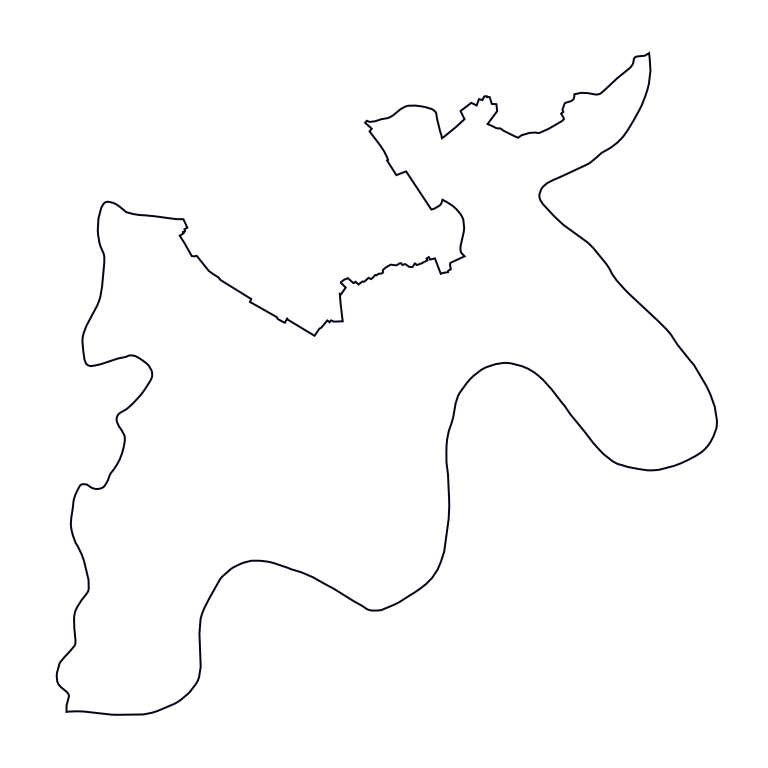 Vu Thu, Thái Bình, Vietnam, rotated 269°
{"feature_id": "81297802B99897160628736", "entity_name": "Vu Thu", "entity_type": "district", "adm_level": 2, "iso_a3": "VNM", "parent_name": "Vietnam", "parent_adm1": "Thái Bình", "projection": "mercator", "projection_center": [106.301, 20.424], "detail": "fine", "context": "isolated", "style": "outline", "palette": "ink", "viewbox_px": 768, "rotation_deg": 269, "n_neighbors": 0, "source": "geoboundaries", "source_scale": "gbopen_adm2", "svg_char_len": 6057}
<svg xmlns="http://www.w3.org/2000/svg" viewBox="0 0 768 768"><g transform="rotate(269 384 384)"><path d="M243.1,69.1L238.0,70.3L230.5,72.9L227.4,74.8L219.3,78.6L211.9,81.1L193.1,85.2L184.5,85.2L182.2,84.7L180.0,83.4L173.4,78.0L166.6,73.5L162.9,71.6L160.1,70.8L156.5,70.1L153.4,70.0L145.2,70.1L134.0,71.0L130.3,71.0L129.0,70.6L127.6,70.0L121.3,64.5L116.6,59.8L111.9,55.8L110.2,54.7L100.6,51.9L97.8,51.7L92.7,52.0L89.5,53.2L86.6,55.6L81.7,61.4L79.8,62.9L78.9,63.3L77.4,63.6L68.0,61.0L61.7,60.8L62.0,64.1L62.1,71.3L61.8,77.7L58.2,105.5L57.9,110.0L57.8,137.7L59.3,146.1L60.9,151.5L67.9,168.9L69.6,172.0L71.8,175.4L77.9,182.9L80.1,185.0L87.6,190.9L90.9,192.8L94.3,194.0L104.4,195.8L137.8,195.1L152.2,196.5L157.3,198.0L162.6,200.2L172.4,205.4L191.9,216.8L194.2,218.8L201.7,227.7L202.9,229.5L205.9,235.7L207.7,240.2L209.6,248.3L209.5,256.0L208.8,262.3L208.0,266.6L206.9,270.5L202.0,284.3L200.4,288.0L197.3,297.8L192.0,309.6L184.2,322.9L180.2,330.2L167.2,350.2L162.7,358.0L159.0,363.3L158.1,365.8L157.7,367.8L157.6,373.6L158.0,377.4L163.0,390.0L165.6,395.5L172.9,407.3L174.5,410.2L178.6,416.4L183.2,422.5L185.0,424.4L189.4,428.8L197.4,434.3L205.0,437.7L215.5,441.3L248.0,446.3L260.2,447.1L267.7,447.1L292.4,446.4L304.5,445.1L315.5,445.2L322.0,445.5L327.8,446.2L336.0,448.0L343.5,450.8L349.4,452.6L363.5,455.3L370.8,457.8L374.0,459.6L383.9,467.1L387.5,470.3L390.8,473.9L396.6,481.7L398.9,486.2L401.9,495.9L403.0,503.9L402.9,508.2L402.2,512.2L399.5,522.0L396.8,528.2L393.3,534.0L389.7,538.5L385.4,543.1L375.6,551.6L362.4,561.4L359.1,564.1L350.6,569.7L333.0,583.6L321.2,592.3L313.3,599.2L310.0,602.4L303.0,610.9L300.5,615.1L299.6,617.3L299.0,619.7L296.9,626.0L294.7,636.3L293.1,645.9L293.0,651.3L293.4,657.3L296.9,672.0L299.4,679.2L302.5,686.2L306.6,694.3L309.9,699.7L312.4,702.8L316.1,706.4L319.9,709.2L325.9,712.5L334.2,715.7L340.4,716.3L344.4,715.9L355.5,714.3L368.0,710.1L376.6,706.2L397.7,694.2L402.1,690.5L418.3,678.0L428.3,671.8L433.4,667.7L442.1,659.3L468.8,631.7L473.9,626.7L483.5,618.4L489.9,614.1L495.2,611.5L499.7,608.7L516.1,595.8L521.7,590.4L540.0,566.1L548.6,557.2L561.0,546.1L565.3,543.4L568.2,542.7L569.9,542.6L571.9,543.0L576.2,544.7L578.6,546.6L581.9,550.5L584.8,556.3L589.1,566.6L600.6,592.3L602.4,595.0L606.7,600.3L611.3,605.6L616.4,615.0L619.0,618.5L621.4,621.7L625.4,625.8L627.5,627.7L633.2,631.9L642.7,637.9L653.5,644.1L658.3,646.6L667.5,650.4L673.6,652.5L679.5,654.1L692.6,655.9L705.2,655.3L710.2,654.8L707.7,650.5L707.0,642.3L706.2,640.6L704.9,639.6L700.4,638.7L699.2,638.2L696.5,636.2L695.3,634.9L685.8,622.7L675.2,611.0L671.1,606.2L670.3,604.9L669.8,602.9L669.7,600.7L671.3,592.8L671.7,586.5L670.4,579.4L668.1,579.3L665.9,578.7L664.8,577.8L663.5,575.8L662.0,570.4L661.4,569.7L660.6,569.2L655.0,567.2L652.9,568.0L651.2,565.8L646.7,568.4L645.4,568.4L643.7,566.4L636.2,552.9L632.3,543.7L632.3,542.1L632.8,539.7L632.5,533.9L630.3,525.8L627.9,522.5L628.9,520.0L635.1,508.0L637.4,505.1L637.8,500.9L640.4,495.9L642.1,492.1L654.8,501.9L661.8,501.3L662.2,496.6L669.0,494.7L669.2,494.1L669.0,492.1L670.0,491.7L669.7,489.1L666.2,487.4L667.1,483.9L660.9,481.5L663.6,476.2L655.6,465.3L647.4,469.1L640.0,460.8L630.5,448.8L628.8,446.2L632.4,445.6L634.9,444.7L648.6,441.6L654.6,440.8L657.1,438.2L658.2,436.3L660.4,429.3L661.8,420.6L661.8,412.9L661.1,410.4L658.6,405.5L652.3,397.6L650.4,394.1L649.7,391.8L648.8,386.0L646.8,379.5L646.3,374.1L647.5,371.4L645.5,369.7L639.5,376.2L636.8,374.0L622.3,384.6L616.6,388.2L611.2,390.8L608.0,392.0L607.4,391.0L592.6,400.0L596.2,409.8L557.6,434.4L558.4,437.3L561.3,442.5L562.7,444.0L563.6,444.5L567.2,445.7L564.8,450.0L560.7,456.1L557.3,459.6L552.5,463.5L549.5,465.2L546.6,466.2L538.4,466.9L534.7,466.4L520.3,462.9L516.8,462.8L515.1,463.0L513.6,463.7L510.3,466.8L503.9,452.4L501.8,452.1L497.6,452.8L496.1,450.2L495.3,449.8L494.7,449.9L494.1,445.2L493.2,442.7L508.7,437.1L507.6,432.3L510.1,431.0L508.7,428.7L506.9,429.6L503.7,423.0L502.6,419.7L502.4,418.6L503.7,417.6L504.0,417.1L503.2,416.3L500.9,414.9L500.4,414.2L500.8,411.0L503.4,407.6L503.4,406.8L502.7,404.5L504.5,403.0L504.5,402.7L504.4,401.8L502.5,398.7L502.6,396.3L503.2,393.4L502.9,392.2L500.5,387.9L498.2,385.1L497.3,384.7L495.9,385.1L494.9,384.3L494.4,383.2L494.3,380.5L492.8,378.3L493.2,377.2L491.1,375.3L489.1,372.9L490.4,370.3L487.4,367.0L486.5,365.6L486.9,364.3L484.0,360.3L486.7,357.3L485.5,355.6L485.5,355.1L490.5,349.6L489.4,347.5L489.2,346.3L486.6,342.8L486.0,342.6L481.1,347.4L474.4,342.6L474.9,341.4L465.2,342.0L447.4,343.8L447.2,335.0L448.5,332.3L448.3,331.8L446.7,330.7L448.5,328.4L441.5,322.4L440.4,320.3L433.4,315.4L449.9,289.1L451.0,288.3L447.0,286.0L448.0,283.8L451.0,278.7L452.5,278.3L468.4,251.4L471.3,252.7L490.8,222.4L493.5,220.3L497.1,214.8L500.0,210.9L515.4,199.0L514.9,196.2L515.3,194.0L529.0,186.6L535.8,182.4L538.1,186.1L539.2,185.6L539.6,185.7L539.5,186.2L539.1,186.6L540.3,187.8L542.2,187.2L543.7,190.1L552.3,186.3L552.4,180.3L553.0,175.5L555.7,157.7L556.8,148.2L557.3,141.9L558.3,136.3L560.3,129.3L565.7,123.1L568.3,119.5L569.9,116.3L571.1,111.0L570.5,108.5L569.1,106.7L565.1,104.4L554.6,101.4L542.4,100.5L538.8,100.7L530.8,101.8L526.9,102.8L518.9,106.1L515.7,106.6L509.7,106.4L486.2,103.8L476.1,101.9L472.1,100.6L467.2,98.5L447.4,87.5L439.9,84.5L436.1,83.6L432.1,83.2L422.0,83.9L414.0,84.9L410.0,86.2L409.2,86.7L407.7,88.7L407.0,91.1L407.5,95.2L408.8,101.4L414.2,118.7L415.5,126.0L416.8,129.3L417.1,131.1L416.6,134.8L416.2,136.1L414.6,138.9L412.0,142.8L408.6,147.1L406.5,149.1L401.8,151.7L400.6,152.1L398.2,152.4L395.9,152.3L394.2,151.9L391.1,150.3L382.2,144.4L377.0,140.4L368.6,132.3L363.5,126.4L359.8,119.6L357.8,117.4L355.8,116.5L353.8,116.0L351.6,116.1L349.0,117.0L346.0,118.4L343.5,120.2L337.0,123.7L332.5,123.9L327.2,123.1L319.6,121.0L313.3,118.5L308.3,115.7L304.0,112.9L299.5,109.2L297.2,108.0L292.4,106.2L287.9,103.5L286.1,102.1L285.3,100.8L284.5,98.9L284.1,96.7L284.0,94.7L284.3,92.8L284.9,90.9L286.0,88.8L288.4,85.7L288.9,83.9L289.1,81.6L288.9,80.0L288.3,78.8L287.1,77.9L284.0,76.1L278.3,73.3L272.9,71.6L264.7,70.6L255.9,69.0L251.4,68.6L248.4,68.4L243.1,69.1Z" fill="none" stroke="#020617" stroke-width="2"/></g></svg>